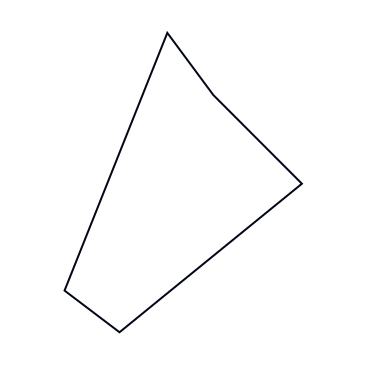 map outline of The Valley (orthographic projection), rotated 101°
{"feature_id": "AIA-5126", "entity_name": "The Valley", "entity_type": "District", "adm_level": 1, "iso_a3": "AIA", "parent_name": "Anguilla", "parent_adm1": "", "projection": "orthographic", "projection_center": [-63.059, 18.236], "detail": "fine", "context": "isolated", "style": "outline", "palette": "ink", "viewbox_px": 384, "rotation_deg": 101, "n_neighbors": 0, "source": "natural_earth", "source_scale": "10m", "svg_char_len": 246}
<svg xmlns="http://www.w3.org/2000/svg" viewBox="0 0 384 384"><g transform="rotate(101 192 192)"><path d="M40.5,246.6L92.8,189.5L162.9,85.7L301.0,201.0L343.5,236.4L313.1,298.3L40.5,246.6Z" fill="none" stroke="#020617" stroke-width="2"/></g></svg>